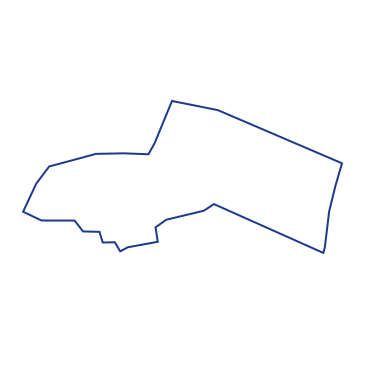 the district of Bosso, Diffa, Niger, rotated 25°
{"feature_id": "23599985B85188331861732", "entity_name": "Bosso", "entity_type": "district", "adm_level": 2, "iso_a3": "NER", "parent_name": "Niger", "parent_adm1": "Diffa", "projection": "mercator", "projection_center": [13.21, 13.719], "detail": "fine", "context": "isolated", "style": "outline", "palette": "blue", "viewbox_px": 384, "rotation_deg": 25, "n_neighbors": 0, "source": "geoboundaries", "source_scale": "gbopen_adm2", "svg_char_len": 507}
<svg xmlns="http://www.w3.org/2000/svg" viewBox="0 0 384 384"><g transform="rotate(25 192 192)"><path d="M135.4,118.0L137.5,163.3L136.6,176.2L114.0,185.7L88.9,198.0L51.8,229.2L47.3,250.2L47.3,281.3L67.7,281.4L97.7,267.5L109.9,273.8L125.0,267.2L132.4,275.5L143.3,270.2L152.0,276.1L157.2,269.2L182.0,251.6L173.9,239.4L180.3,228.1L190.6,219.9L210.6,204.0L217.0,193.7L336.7,191.7L335.8,186.1L324.5,151.6L319.4,125.8L315.8,102.6L180.7,106.9L135.4,118.0Z" fill="none" stroke="#1e3a8a" stroke-width="2"/></g></svg>